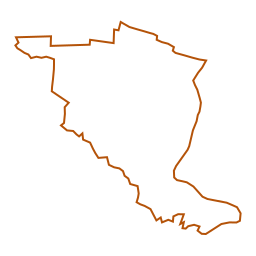 Cruzeiro do Sul, Rio Grande do Sul, Brazil (Mercator projection)
{"feature_id": "56859067B99028252203396", "entity_name": "Cruzeiro do Sul", "entity_type": "district", "adm_level": 2, "iso_a3": "BRA", "parent_name": "Brazil", "parent_adm1": "Rio Grande do Sul", "projection": "mercator", "projection_center": [-52.031, -29.551], "detail": "fine", "context": "isolated", "style": "outline", "palette": "amber", "viewbox_px": 256, "rotation_deg": 0, "n_neighbors": 0, "source": "geoboundaries", "source_scale": "gbopen_adm2", "svg_char_len": 1506}
<svg xmlns="http://www.w3.org/2000/svg" viewBox="0 0 256 256"><path d="M226.7,202.7L207.5,199.0L202.5,196.7L193.4,186.5L186.8,182.3L182.6,181.3L177.0,180.1L174.2,177.5L173.9,170.7L176.1,166.0L187.6,149.8L189.2,146.2L192.9,130.4L196.6,121.2L197.8,115.0L199.5,111.6L200.4,106.5L200.9,102.6L199.7,98.0L197.3,89.7L195.0,85.1L193.2,80.5L198.1,72.7L202.1,67.7L206.1,60.5L199.5,59.5L192.5,57.7L184.2,55.3L175.5,52.9L172.8,50.7L173.9,47.1L168.0,43.7L161.9,42.1L156.7,39.8L157.1,35.9L153.3,33.9L149.9,33.0L144.2,31.3L136.8,29.2L129.4,27.0L120.7,22.0L118.5,30.3L114.1,29.5L113.6,43.1L90.1,39.8L89.7,44.7L50.7,45.9L51.0,36.3L16.0,37.3L18.5,42.6L15.4,45.4L17.4,48.3L20.4,50.1L24.5,52.9L28.4,54.5L31.0,58.1L36.5,56.7L41.5,57.8L46.2,56.7L49.9,57.8L54.0,59.3L54.0,64.6L53.9,69.3L53.0,79.1L52.1,86.6L51.8,91.3L68.7,102.7L64.7,107.2L64.9,113.9L64.0,123.0L61.0,125.4L67.0,130.4L73.2,131.0L76.5,134.4L79.1,136.4L82.4,133.4L83.1,139.6L90.1,142.6L92.9,148.6L95.3,153.1L98.4,157.9L107.0,157.2L108.9,164.8L114.1,167.3L119.4,168.4L123.0,171.1L124.6,175.8L128.3,178.5L130.2,184.0L137.6,186.1L138.7,193.5L138.0,197.6L136.6,202.2L140.3,204.3L144.6,205.9L150.5,209.1L156.4,220.4L160.7,217.5L162.0,222.4L168.3,219.8L172.9,221.6L173.4,216.4L178.1,214.2L183.8,214.3L180.3,224.0L183.8,222.2L182.5,228.2L185.7,228.6L188.2,226.2L194.1,224.8L199.5,226.5L197.6,230.6L201.7,233.8L205.8,234.0L221.4,224.0L229.5,222.4L236.4,222.5L239.9,220.8L240.6,213.3L237.0,207.2L233.0,205.4L226.7,202.7Z" fill="none" stroke="#b45309" stroke-width="2"/></svg>